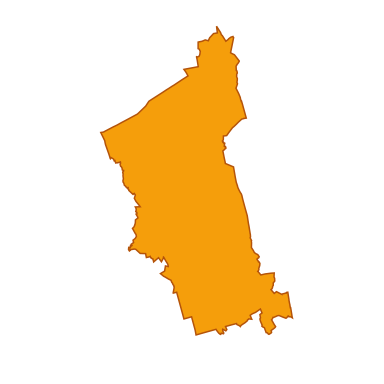 the district of Jaunpils pag., Jaunpils, Latvia, rotated 257°
{"feature_id": "27541924B39343861485038", "entity_name": "Jaunpils pag.", "entity_type": "district", "adm_level": 2, "iso_a3": "LVA", "parent_name": "Latvia", "parent_adm1": "Jaunpils", "projection": "robinson", "projection_center": [22.962, 56.749], "detail": "fine", "context": "isolated", "style": "filled", "palette": "amber", "viewbox_px": 384, "rotation_deg": 257, "n_neighbors": 0, "source": "geoboundaries", "source_scale": "gbopen_adm2", "svg_char_len": 5870}
<svg xmlns="http://www.w3.org/2000/svg" viewBox="0 0 384 384"><g transform="rotate(257 192 192)"><path d="M270.5,116.5L261.7,118.5L261.1,118.5L259.6,118.4L257.6,118.4L249.7,119.3L247.0,119.6L242.8,119.9L242.7,120.0L243.5,120.4L243.8,120.8L241.8,122.9L241.3,123.0L241.1,123.1L240.6,123.1L239.9,123.2L240.0,123.9L238.9,123.9L238.6,124.0L238.2,124.2L237.4,124.2L237.3,126.1L237.2,126.1L237.2,126.7L237.4,129.0L236.1,128.9L235.7,128.4L235.3,128.2L233.4,128.2L232.8,128.5L232.5,128.8L231.9,129.0L231.7,129.1L230.5,129.2L229.2,129.0L228.8,129.4L228.4,130.2L227.7,130.0L227.1,129.0L225.8,129.0L225.8,128.9L225.3,129.0L223.3,128.4L220.2,128.1L218.9,127.4L218.3,127.2L217.0,127.1L216.2,127.5L215.1,127.6L213.8,127.6L213.5,127.8L212.6,128.6L211.9,128.7L211.2,129.5L210.7,129.5L210.3,129.8L210.5,130.7L209.1,130.4L208.5,130.9L207.7,130.8L203.9,133.3L203.6,134.1L203.0,133.9L202.9,134.0L203.6,135.4L201.8,136.1L200.0,135.1L198.9,134.4L195.4,135.3L191.8,137.1L189.3,138.2L190.2,133.4L188.5,133.8L187.1,133.6L186.6,133.4L185.7,132.8L185.4,132.9L184.9,133.2L184.6,133.6L183.9,133.6L182.9,133.3L183.0,132.5L182.9,132.5L180.1,133.4L178.9,133.5L177.5,130.6L174.9,129.9L174.0,129.5L172.8,128.9L172.7,128.8L172.8,128.8L171.2,127.8L169.9,125.8L164.3,127.4L163.2,127.9L161.2,127.8L159.6,126.3L158.7,124.6L158.3,123.7L155.9,123.7L154.7,120.9L154.2,120.9L153.4,121.5L153.2,121.3L153.0,120.8L153.1,120.5L153.4,120.2L153.5,120.0L152.6,119.8L151.8,119.5L151.4,119.1L151.4,118.9L152.1,118.4L152.4,118.2L152.2,117.9L151.8,117.7L150.1,117.2L149.6,117.4L148.9,117.6L148.6,117.8L148.8,118.1L149.6,118.2L149.6,118.5L149.5,118.8L149.3,119.0L149.6,119.2L149.4,122.9L148.8,124.3L143.8,127.7L142.4,132.9L138.4,132.8L138.4,135.6L138.7,136.8L137.2,137.0L137.1,137.4L136.2,137.9L135.6,138.6L135.6,138.8L133.6,138.9L132.5,138.9L135.5,144.6L130.9,146.5L133.8,149.1L135.0,149.6L134.9,149.7L130.9,150.9L129.7,151.3L127.4,152.1L126.7,152.2L125.4,152.2L124.7,152.1L125.9,149.5L121.1,147.5L119.6,142.9L116.3,145.4L115.2,146.7L112.4,149.6L110.7,151.7L108.7,151.9L107.7,152.4L105.9,152.7L105.1,153.2L103.6,153.1L103.4,153.3L101.9,152.7L97.8,150.9L97.7,151.0L97.8,154.5L70.1,155.6L70.3,159.6L70.5,163.5L56.8,164.0L51.8,163.8L52.1,169.3L52.8,184.5L51.3,185.0L48.5,186.3L47.2,187.3L46.8,187.9L47.5,188.6L47.8,188.8L46.8,190.8L47.1,191.1L48.0,191.2L49.0,190.8L50.1,190.8L51.1,190.9L51.4,191.1L50.4,192.2L49.1,193.7L50.1,195.0L53.4,194.4L53.7,201.5L53.8,205.8L52.8,205.9L50.9,208.3L50.0,208.8L50.8,209.6L51.2,210.2L52.8,214.5L54.2,217.1L54.9,217.3L55.2,218.2L55.6,218.7L54.6,221.6L58.8,220.9L59.8,223.5L60.1,225.2L60.4,226.8L62.6,232.3L58.4,233.0L57.3,230.6L53.9,230.4L53.0,229.6L50.9,229.6L46.4,230.4L45.6,229.9L44.5,230.7L43.5,232.0L38.3,232.6L37.8,233.8L36.4,234.4L36.0,235.0L36.7,237.2L37.4,238.0L39.2,237.9L39.7,239.0L40.3,240.5L41.2,242.3L42.0,243.2L44.4,242.3L49.6,240.8L49.9,241.3L50.1,241.5L51.5,242.7L51.4,242.8L51.8,245.5L51.9,246.0L52.0,246.3L52.2,247.4L52.1,249.0L49.6,252.5L47.9,255.1L48.0,255.7L48.1,255.9L49.6,257.8L49.5,258.1L48.8,258.1L48.1,260.2L46.8,261.5L49.2,261.5L49.3,261.6L57.0,262.1L57.0,261.8L59.6,261.9L59.7,262.0L61.9,262.0L64.3,262.1L65.9,262.3L72.8,262.8L72.9,261.8L72.9,261.5L72.7,261.2L72.3,261.0L72.4,260.8L72.3,256.3L72.2,256.3L75.9,251.9L74.7,249.3L79.1,247.0L79.6,247.8L79.6,248.0L80.5,248.8L81.8,249.3L82.8,250.2L85.1,250.7L86.6,252.6L89.4,253.1L90.5,252.8L91.5,253.0L94.6,253.9L95.1,250.8L95.7,244.8L95.7,240.4L99.2,238.7L99.8,238.2L100.5,239.1L101.6,239.8L102.4,239.8L105.0,241.4L107.1,242.1L108.7,241.7L108.9,241.1L109.7,241.0L111.7,240.2L112.3,240.5L112.6,241.1L112.8,242.1L113.8,242.9L116.0,242.1L116.5,241.7L117.2,240.7L118.3,239.7L119.1,239.1L121.2,238.6L124.5,237.4L129.1,238.6L131.2,238.8L131.4,239.1L134.0,238.4L134.4,238.4L134.7,238.6L135.0,238.9L137.5,239.3L138.4,239.3L145.8,239.8L148.6,239.9L156.5,240.5L164.8,240.1L173.0,239.8L174.2,239.8L177.4,239.8L179.0,239.6L180.9,238.9L183.1,238.3L185.5,237.8L187.0,237.6L187.5,237.7L191.6,237.3L197.0,237.5L207.1,238.1L212.3,230.9L213.2,231.0L219.5,231.1L221.7,231.2L225.1,231.3L226.3,233.7L226.7,233.9L226.9,234.2L227.2,234.6L227.1,234.8L227.5,234.9L228.0,235.0L228.4,234.9L228.4,234.7L228.7,234.4L229.1,234.4L229.3,234.3L229.4,234.1L229.2,233.8L229.4,233.7L230.0,234.0L230.3,234.2L231.3,234.3L231.6,234.6L231.8,234.8L232.2,234.9L232.4,234.8L232.5,234.5L232.4,234.4L232.1,234.1L232.7,233.7L233.0,233.6L233.6,233.8L233.7,233.7L233.8,233.2L234.2,233.1L234.8,233.2L234.7,233.6L235.0,233.7L235.3,233.7L236.0,234.3L236.3,234.4L239.5,235.2L239.3,236.9L239.2,238.1L239.2,238.5L241.7,241.3L245.5,245.9L246.0,246.9L246.4,247.7L248.0,250.4L249.8,253.2L250.0,253.6L251.8,256.8L251.9,259.1L252.0,259.1L251.8,261.5L263.4,261.0L265.9,260.9L269.3,260.7L269.2,260.4L271.8,260.2L273.3,260.3L275.7,259.9L277.5,259.6L283.2,258.2L287.1,260.6L287.7,260.7L288.6,260.4L290.9,261.3L292.4,261.7L294.3,261.4L296.8,262.1L297.7,262.9L299.6,263.0L300.4,262.8L300.5,262.5L302.7,262.9L304.5,263.2L305.1,263.6L305.2,263.8L305.6,264.2L305.8,264.2L307.4,266.2L308.7,267.4L309.0,267.5L315.8,264.4L316.3,264.1L317.8,262.2L319.0,260.9L333.1,267.3L333.6,267.0L334.3,266.9L334.1,264.6L333.0,262.1L332.5,261.6L331.3,258.9L337.6,256.7L338.6,256.0L340.9,255.7L348.0,253.2L341.3,252.5L341.5,248.6L338.3,243.9L335.7,241.9L337.2,239.1L336.6,235.7L336.7,232.9L336.7,231.7L330.3,230.2L329.8,230.9L329.4,231.2L327.9,231.5L327.1,231.7L326.6,231.4L325.8,231.2L324.8,230.8L323.8,230.3L323.0,229.7L322.6,229.2L322.4,228.3L322.4,227.5L322.8,226.9L322.7,226.8L320.3,226.8L312.7,226.3L312.7,226.1L313.3,212.1L313.3,211.9L313.3,211.7L310.5,212.9L308.3,213.6L306.0,214.2L303.7,207.7L300.2,198.5L299.5,196.3L298.1,192.5L297.3,190.1L295.7,185.9L290.9,172.5L290.1,170.4L286.1,166.2L281.9,159.2L281.4,158.4L280.2,156.3L279.3,153.0L277.2,145.4L275.4,138.6L274.1,134.1L273.6,132.0L273.2,130.1L270.8,120.9L270.3,119.2L270.5,116.5Z" fill="#f59e0b" stroke="#b45309" stroke-width="1.5"/></g></svg>